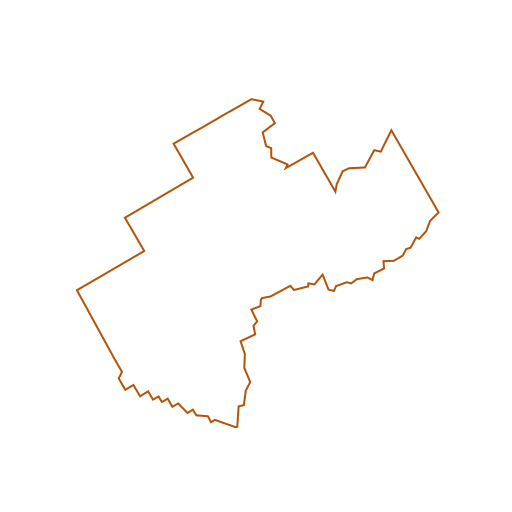 outline of Natchitoches, Louisiana, United States of America, rotated 60°
{"feature_id": "52423323B30463798503843", "entity_name": "Natchitoches", "entity_type": "district", "adm_level": 2, "iso_a3": "USA", "parent_name": "United States of America", "parent_adm1": "Louisiana", "projection": "mercator", "projection_center": [-93.012, 31.748], "detail": "fine", "context": "isolated", "style": "outline", "palette": "amber", "viewbox_px": 512, "rotation_deg": 60, "n_neighbors": 0, "source": "geoboundaries", "source_scale": "gbopen_adm2", "svg_char_len": 1251}
<svg xmlns="http://www.w3.org/2000/svg" viewBox="0 0 512 512"><g transform="rotate(60 256 256)"><path d="M309.6,76.1L214.8,75.9L228.0,95.7L223.5,100.7L233.8,117.4L226.5,131.6L225.9,138.5L234.3,150.3L240.0,155.1L195.1,155.0L194.8,186.2L192.5,182.9L178.4,193.5L170.2,188.9L165.9,192.3L152.3,188.4L150.4,173.3L141.9,173.1L130.5,179.3L125.9,172.5L117.9,181.6L117.7,212.5L117.8,238.6L117.6,250.0L117.5,271.2L156.7,271.3L157.3,350.4L195.8,350.3L196.1,428.2L273.9,430.0L289.3,430.0L293.4,436.1L306.5,436.1L306.4,426.7L319.5,426.5L319.3,417.1L328.9,417.0L328.9,410.6L335.4,410.5L335.4,403.8L344.8,403.8L344.8,397.1L357.7,393.8L357.5,387.5L364.2,387.3L370.7,377.8L377.4,378.0L377.4,373.5L393.7,359.6L394.5,357.6L377.5,346.2L379.1,341.1L367.5,332.2L362.2,324.0L347.1,322.1L335.4,314.7L322.1,312.0L323.4,295.9L315.1,293.0L313.2,287.7L300.1,286.8L301.6,277.2L296.4,273.7L295.4,271.9L298.3,263.8L299.0,241.2L304.4,240.1L308.4,226.1L305.9,224.3L309.8,219.6L305.4,207.6L321.3,210.0L325.2,206.1L322.1,201.6L324.1,190.6L327.3,187.2L326.5,180.1L330.3,170.2L335.1,167.2L330.2,162.3L330.8,151.3L324.2,148.2L329.1,138.9L329.0,128.7L325.1,122.5L326.1,118.0L320.0,108.0L322.7,106.1L319.6,96.2L312.6,87.6L309.6,76.1Z" fill="none" stroke="#b45309" stroke-width="2"/></g></svg>